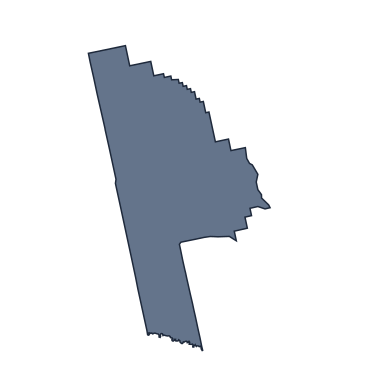 Carbon, Montana, United States of America (Robinson projection), rotated 78°
{"feature_id": "52423323B43555697098429", "entity_name": "Carbon", "entity_type": "district", "adm_level": 2, "iso_a3": "USA", "parent_name": "United States of America", "parent_adm1": "Montana", "projection": "robinson", "projection_center": [-108.599, 45.319], "detail": "fine", "context": "isolated", "style": "filled", "palette": "slate", "viewbox_px": 384, "rotation_deg": 78, "n_neighbors": 0, "source": "geoboundaries", "source_scale": "gbopen_adm2", "svg_char_len": 2272}
<svg xmlns="http://www.w3.org/2000/svg" viewBox="0 0 384 384"><g transform="rotate(78 192 192)"><path d="M34.8,264.5L43.7,264.6L59.8,264.4L76.4,264.4L111.3,263.9L113.3,264.0L133.1,263.8L134.1,263.8L163.8,263.7L167.6,265.1L171.5,265.1L192.3,265.0L241.9,264.9L253.3,264.9L261.3,264.9L263.6,264.9L275.7,265.1L318.3,264.9L322.4,265.1L322.9,264.6L323.0,264.0L322.4,263.4L321.6,263.5L320.9,263.5L321.0,262.6L321.7,261.9L321.6,261.2L321.6,260.6L322.1,260.5L322.7,259.8L322.3,259.1L322.3,257.6L323.2,256.1L323.9,254.6L325.1,254.0L326.3,254.2L327.0,254.4L327.6,253.4L326.6,252.7L325.3,252.7L324.2,252.0L324.1,251.3L324.5,250.4L325.4,250.4L326.4,250.2L326.0,249.4L327.0,247.6L327.7,246.0L327.9,244.3L328.9,243.3L329.4,243.5L330.3,242.9L330.6,241.8L331.6,241.4L331.6,241.8L332.5,242.5L333.6,242.1L333.9,241.2L333.3,240.0L332.5,239.6L332.7,238.8L333.5,239.3L334.5,238.6L334.4,237.9L334.8,236.8L334.4,235.9L333.9,235.7L334.9,234.8L336.3,234.9L337.8,233.9L338.2,233.3L338.1,232.6L337.5,232.2L336.8,231.6L337.2,231.0L336.7,229.6L336.9,228.3L337.6,228.0L338.4,228.0L338.3,227.1L337.5,226.6L337.4,225.9L338.1,225.6L338.9,225.6L339.3,226.1L340.3,226.4L340.5,225.7L341.0,223.9L340.9,223.1L341.9,222.6L342.8,223.3L343.8,223.4L344.0,222.5L343.2,222.2L342.4,221.3L342.0,220.6L342.6,220.6L343.9,219.9L343.4,219.4L344.0,217.6L344.8,217.1L344.6,215.9L344.5,215.5L345.9,215.5L347.5,215.6L349.2,215.0L349.1,214.5L344.7,214.6L336.6,214.5L326.0,214.6L314.7,214.6L308.6,214.7L300.7,214.7L291.1,214.9L282.5,215.0L275.2,215.1L269.8,215.1L266.5,215.2L257.2,215.3L246.3,215.2L241.7,215.2L240.5,215.2L238.8,213.3L238.8,211.5L238.9,199.0L238.9,189.5L239.3,183.5L240.3,179.4L241.2,176.0L243.2,164.7L247.8,160.0L248.9,158.8L239.1,158.8L238.9,145.4L227.6,145.4L227.5,138.7L220.0,138.7L219.9,130.6L223.7,124.1L223.6,118.9L220.6,119.7L212.4,125.2L209.0,124.6L203.4,127.1L195.6,127.1L188.4,123.9L178.0,127.4L176.0,129.8L170.6,131.5L159.7,130.6L159.6,145.3L147.8,145.3L147.8,158.7L117.3,158.8L117.3,162.1L105.8,162.1L105.8,165.4L102.0,165.4L102.0,168.7L94.4,168.7L94.4,172.0L90.6,172.0L90.6,175.3L86.8,175.3L86.8,178.7L83.0,178.7L82.9,182.0L79.1,182.0L78.0,188.6L74.2,188.6L74.2,195.2L70.4,195.3L70.4,205.2L55.7,205.2L55.6,226.7L35.0,226.7L34.8,264.5Z" fill="#64748b" stroke="#1e293b" stroke-width="1.5"/></g></svg>